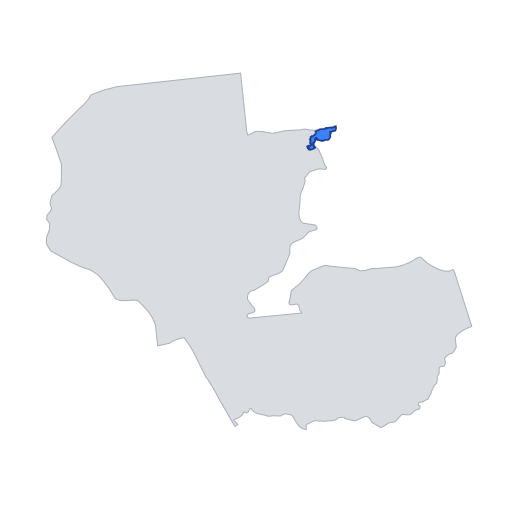 Ikelenge, North-Western, Zambia (highlighted), rotated 84°
{"feature_id": "96606910B32160654105939", "entity_name": "Ikelenge", "entity_type": "district", "adm_level": 2, "iso_a3": "ZMB", "parent_name": "Zambia", "parent_adm1": "North-Western", "projection": "equal_earth", "projection_center": [24.346, -11.254], "detail": "fine", "context": "in_parent", "style": "filled", "palette": "blue", "viewbox_px": 512, "rotation_deg": 84, "n_neighbors": 0, "source": "geoboundaries", "source_scale": "gbopen_adm2", "svg_char_len": 8010}
<svg xmlns="http://www.w3.org/2000/svg" viewBox="0 0 512 512"><g transform="rotate(84 256 256)"><path d="M335.0,363.2L314.2,363.2L306.7,365.4L300.4,368.7L293.0,374.0L288.7,377.6L287.5,379.6L286.9,384.0L286.8,390.9L286.0,395.8L283.8,400.3L272.5,405.8L265.2,410.2L257.9,415.5L252.4,422.4L248.7,430.8L242.4,441.2L229.4,459.8L221.9,463.2L215.7,462.4L208.1,458.6L202.1,457.8L197.7,460.3L193.6,459.5L189.8,455.6L186.7,454.2L184.1,455.2L180.9,455.1L174.9,452.9L169.7,446.3L166.9,443.6L164.8,442.5L158.6,441.4L144.4,439.9L129.7,443.2L116.7,446.6L103.5,431.8L90.7,416.1L88.0,412.1L83.2,406.9L79.8,404.3L78.4,403.0L74.9,389.1L73.0,376.2L72.5,252.2L130.9,252.2L134.6,251.7L134.8,250.3L132.1,243.7L132.2,241.3L132.9,236.8L135.5,227.8L135.7,224.8L134.5,214.9L134.6,209.5L135.2,198.4L134.8,194.6L136.2,189.6L136.7,186.3L137.2,184.9L136.5,181.1L135.4,167.8L134.7,162.3L138.2,163.1L139.4,165.8L140.0,168.8L141.6,169.0L145.8,170.8L147.2,173.2L148.2,178.5L147.6,181.2L146.3,183.4L147.6,185.4L150.4,186.6L152.0,186.3L156.7,182.6L161.1,181.3L163.3,180.4L173.0,178.0L174.9,176.7L176.2,176.7L177.2,177.7L176.3,181.5L176.0,184.8L177.2,191.1L178.1,194.1L180.1,196.2L181.6,197.3L183.2,199.6L186.6,199.2L194.0,202.4L196.2,203.9L199.3,205.3L201.5,205.9L209.2,207.0L217.2,208.8L221.4,209.0L224.3,208.5L226.4,207.6L227.7,206.6L228.3,205.7L231.4,193.8L232.9,192.8L234.9,192.2L236.1,193.3L237.4,200.8L243.2,207.6L245.1,213.3L246.6,218.2L247.8,219.6L250.0,221.2L253.5,221.8L256.7,222.0L272.3,230.3L274.1,231.8L276.0,236.3L277.1,241.3L278.3,245.2L280.3,246.0L282.1,246.3L283.9,249.0L285.2,251.4L289.8,261.2L290.4,265.1L292.7,267.7L295.7,268.8L298.5,268.9L300.2,267.8L304.2,265.7L307.3,263.4L309.6,262.6L310.9,263.1L312.0,264.7L312.6,269.6L314.8,271.3L316.4,270.6L317.1,268.7L317.1,267.7L317.5,216.5L316.1,216.9L314.2,218.3L310.1,218.5L308.5,219.6L307.9,221.2L308.3,223.4L308.3,226.3L307.7,227.6L305.9,228.2L303.3,227.1L298.5,225.6L294.5,224.7L291.7,220.9L287.9,215.1L285.3,212.1L279.3,206.1L278.2,204.9L276.4,202.0L274.8,197.2L273.3,191.7L272.5,188.1L274.0,182.7L277.7,164.9L278.6,159.4L281.6,153.7L281.8,148.7L280.6,142.2L281.0,138.6L281.5,118.2L280.7,111.8L278.7,104.6L274.3,94.7L274.3,92.5L281.2,86.1L283.2,83.6L286.8,78.4L289.2,73.9L290.7,70.3L291.3,65.6L290.1,61.2L292.5,60.3L348.6,48.8L349.4,51.8L351.1,56.9L353.0,60.7L355.4,63.9L357.4,65.9L358.8,66.5L367.4,66.3L370.5,68.3L373.2,70.8L373.9,74.7L375.6,77.2L377.5,79.1L378.4,79.4L379.8,78.9L382.1,78.8L384.2,79.7L385.3,80.5L385.3,83.8L386.0,85.3L388.9,85.9L391.9,86.1L394.7,88.3L397.8,88.7L401.4,89.6L403.1,92.0L406.9,94.5L411.5,96.7L416.6,100.3L416.7,101.4L417.6,103.5L418.5,105.1L418.5,107.3L418.9,109.4L420.3,109.9L421.4,110.1L422.4,108.6L423.7,108.6L425.2,109.6L425.7,112.0L426.9,115.2L428.8,117.4L430.0,119.6L429.6,123.4L428.7,127.0L431.3,130.5L434.6,133.9L435.5,135.3L435.7,140.3L436.2,142.0L438.4,146.1L439.5,148.8L439.4,150.4L433.2,158.5L429.4,159.8L427.8,161.5L426.8,163.2L429.1,171.3L430.4,174.4L429.3,178.3L426.8,184.8L425.6,185.4L425.4,190.3L426.1,192.1L427.3,193.6L427.7,196.9L427.5,205.3L425.9,214.7L428.6,223.0L429.5,223.9L433.3,223.9L433.9,224.6L433.0,227.0L430.3,230.6L425.4,233.5L418.4,236.6L416.9,239.6L416.0,243.9L416.7,246.4L417.6,247.9L417.3,251.7L416.6,255.7L416.8,258.8L416.4,261.6L415.5,263.0L414.2,267.2L412.7,271.4L411.5,273.3L409.7,275.3L406.9,277.0L407.0,277.8L410.1,279.8L410.9,281.1L411.1,282.0L409.8,284.2L411.2,285.5L413.0,286.5L414.6,289.3L416.4,294.6L416.8,295.2L417.3,295.2L418.3,294.6L420.3,292.5L421.7,291.7L423.3,294.8L394.1,307.8L387.3,310.5L377.1,315.1L373.7,316.8L371.1,318.5L344.0,328.6L339.7,330.6L330.1,335.8L329.8,336.6L329.9,339.0L330.7,343.9L332.3,348.3L333.7,350.9L334.5,357.4L335.0,363.2Z" fill="#d9dde1" stroke="#a8b0b8" stroke-width="1"/><path d="M154.3,185.8L154.3,186.5L154.2,186.8L153.9,186.9L153.4,186.7L153.1,186.6L152.9,186.5L152.6,186.8L152.3,187.4L152.0,187.3L151.8,187.4L151.3,187.4L151.0,187.3L150.9,187.1L150.5,187.3L150.3,187.4L150.2,187.2L149.9,187.3L149.7,187.4L149.6,187.5L149.5,187.4L149.5,187.2L149.4,186.8L149.5,186.4L149.4,186.3L149.0,186.3L148.9,185.8L148.4,185.7L148.2,185.5L148.1,185.3L147.8,185.2L147.5,184.9L147.2,184.7L146.9,184.7L146.9,184.8L146.9,185.0L146.6,185.2L145.8,185.0L145.5,185.0L145.3,184.7L145.1,184.7L144.7,184.4L144.5,184.1L144.7,183.7L145.2,183.6L145.3,183.4L145.4,183.5L145.8,183.5L146.3,183.3L146.5,183.2L146.5,182.7L146.9,182.8L147.0,182.7L147.1,182.3L147.1,182.2L147.2,181.6L147.5,180.9L147.7,180.7L147.8,180.6L147.9,180.3L147.8,180.1L147.9,179.9L148.2,179.4L148.1,179.1L148.4,178.9L148.2,178.3L148.5,178.2L148.6,177.8L148.6,177.7L148.2,177.6L148.1,177.3L148.3,176.9L148.4,176.2L148.0,175.7L147.8,175.5L147.7,175.4L147.6,175.1L147.9,174.4L147.9,174.1L148.0,173.6L148.0,173.2L148.1,172.9L148.0,172.7L147.9,172.6L148.0,172.3L148.1,172.2L147.9,171.9L147.7,171.7L147.7,171.3L147.5,171.2L147.4,171.2L146.6,170.7L146.1,170.0L145.7,169.8L145.4,169.7L145.2,169.5L144.6,169.6L144.2,169.6L143.8,169.6L143.7,169.8L143.4,169.9L143.2,169.4L142.1,169.0L142.0,168.8L141.8,168.8L141.6,168.6L141.2,168.8L141.0,169.1L140.9,169.6L140.4,169.5L140.3,169.4L140.3,169.0L140.3,168.7L140.2,168.3L140.2,168.0L140.1,167.8L140.0,167.6L140.2,167.0L140.0,166.7L140.1,166.3L139.6,165.9L139.5,165.6L139.8,164.9L139.9,164.5L139.6,164.1L139.4,163.8L139.3,163.7L139.0,163.8L138.8,163.8L138.6,163.6L137.7,163.0L137.3,163.0L136.8,163.0L136.2,163.3L136.0,163.1L135.7,163.1L135.2,164.0L135.5,164.2L135.7,164.7L136.1,165.0L136.3,165.2L136.4,165.5L136.3,165.9L136.2,166.1L136.3,166.3L136.4,166.9L136.5,167.0L136.4,167.3L136.5,167.4L136.4,167.8L136.0,168.5L136.0,168.8L136.1,169.2L136.2,169.6L136.1,169.9L136.1,170.0L136.1,170.3L136.2,170.6L136.2,171.0L136.2,171.3L136.3,171.4L136.3,171.6L136.4,171.9L136.4,172.0L136.2,172.3L135.9,172.3L135.8,172.7L135.8,172.8L135.9,173.2L136.1,173.3L136.3,173.2L136.4,173.4L136.6,173.4L136.8,173.5L136.8,173.4L136.9,173.7L136.8,174.0L136.9,174.3L136.8,174.6L136.9,174.8L136.7,179.3L137.5,180.7L137.8,182.3L138.3,183.9L139.0,183.4L139.3,183.4L139.5,183.4L139.9,183.4L140.1,183.5L140.3,183.7L140.4,183.8L140.5,183.8L140.7,184.0L140.9,184.2L141.0,184.4L141.0,184.6L141.2,184.9L141.4,185.1L141.5,185.0L141.8,185.3L142.0,185.4L142.0,185.7L142.1,185.8L142.2,186.2L142.3,186.4L142.4,186.5L142.5,186.8L142.6,187.0L142.8,187.4L142.9,187.5L143.0,187.6L142.9,187.7L143.0,187.7L143.0,188.0L143.2,188.3L143.2,188.5L143.4,188.5L143.5,188.7L143.5,189.0L143.9,189.1L144.0,189.2L143.9,189.3L144.1,189.3L144.3,189.3L144.4,189.5L144.5,189.6L144.9,189.8L145.0,189.7L145.1,189.8L145.1,189.7L145.2,189.9L145.4,190.0L145.5,190.2L145.8,190.1L146.0,190.1L146.1,189.8L146.4,189.8L146.5,189.7L146.6,189.8L146.7,189.6L146.9,189.7L147.1,189.6L147.3,189.8L147.5,189.8L147.9,189.9L148.0,189.9L148.1,190.0L148.2,189.9L148.3,190.1L148.7,190.0L148.8,190.1L148.9,190.3L149.0,190.3L149.4,190.1L149.4,190.3L149.6,190.2L149.8,190.3L149.9,190.1L150.0,190.2L150.2,189.9L150.4,190.2L150.8,190.2L150.8,189.8L150.9,189.7L151.0,189.6L151.0,189.8L151.2,189.7L151.2,189.8L151.3,189.8L151.3,189.6L151.5,189.8L151.5,189.7L151.5,189.8L151.5,190.0L151.5,189.9L151.7,190.0L151.9,190.1L152.0,190.2L152.0,190.3L151.9,190.4L151.9,190.5L152.0,190.5L152.2,190.8L152.1,191.1L152.2,191.3L152.1,191.6L152.0,191.8L151.9,192.0L152.0,192.0L152.0,192.5L151.9,192.6L152.0,192.9L152.0,193.1L152.1,193.6L152.2,193.8L152.2,193.6L152.3,193.6L152.4,193.8L152.5,193.8L152.8,193.7L152.6,193.5L152.7,193.4L152.8,193.2L152.9,193.3L153.1,193.3L153.3,193.3L153.5,193.3L153.4,193.2L153.4,192.9L153.5,192.9L153.8,192.9L153.9,193.0L154.0,193.1L154.3,192.9L154.4,192.7L154.5,192.6L154.4,192.4L154.6,192.3L154.8,192.6L155.0,192.4L154.8,192.3L154.8,192.1L155.0,192.1L155.3,192.0L155.2,191.9L155.3,191.9L155.3,192.0L155.4,191.9L155.5,192.0L155.5,191.9L155.4,191.8L155.4,191.6L155.5,191.5L155.7,191.4L155.8,191.2L155.8,191.3L156.0,191.3L156.0,191.2L156.2,190.9L156.1,190.7L155.9,190.4L155.8,189.8L155.9,189.5L155.8,189.3L155.6,188.6L155.4,188.2L155.5,187.5L155.2,187.4L154.8,186.7L154.8,186.1L154.4,185.8L154.3,185.8Z" fill="#3b82f6" stroke="#1e3a8a" stroke-width="1.5"/></g></svg>